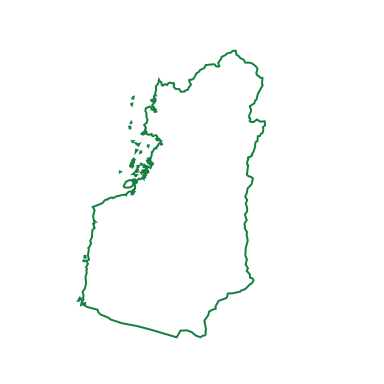 Pohuwato, Gorontalo, Indonesia (Mercator projection), rotated 110°
{"feature_id": "22746128B36723886609479", "entity_name": "Pohuwato", "entity_type": "district", "adm_level": 2, "iso_a3": "IDN", "parent_name": "Indonesia", "parent_adm1": "Gorontalo", "projection": "mercator", "projection_center": [121.655, 0.703], "detail": "fine", "context": "isolated", "style": "outline", "palette": "green", "viewbox_px": 384, "rotation_deg": 110, "n_neighbors": 0, "source": "geoboundaries", "source_scale": "gbopen_adm2", "svg_char_len": 6133}
<svg xmlns="http://www.w3.org/2000/svg" viewBox="0 0 384 384"><g transform="rotate(110 192 192)"><path d="M322.3,130.8L320.3,130.6L318.5,131.7L316.5,131.7L308.7,136.4L302.3,134.6L298.7,135.0L296.0,133.0L293.6,129.8L291.6,130.8L285.1,129.7L280.1,123.6L278.3,123.1L275.1,123.6L273.4,119.4L269.2,112.7L267.3,111.7L265.6,109.3L263.7,108.1L258.7,105.9L257.3,104.5L253.8,103.9L252.4,106.0L252.7,108.2L249.5,109.6L247.5,113.6L244.6,113.3L241.8,116.8L236.4,117.4L233.8,120.0L226.6,122.3L218.6,123.0L213.7,125.9L210.6,126.8L208.3,129.9L206.7,130.1L205.2,131.3L203.0,131.9L199.7,131.0L195.1,134.6L191.4,133.5L188.1,134.8L184.5,137.5L180.6,137.4L178.4,140.3L173.8,140.2L169.6,141.0L164.4,138.7L158.3,139.4L157.6,141.8L157.9,144.2L156.9,146.4L147.5,148.4L147.5,149.4L145.2,150.4L141.8,150.4L141.3,151.0L140.0,151.0L139.6,149.8L137.0,148.0L135.7,148.7L133.5,148.0L128.0,148.1L124.7,149.2L122.8,149.0L121.8,147.9L117.1,149.2L116.1,147.4L113.8,147.1L112.5,145.9L109.0,146.3L106.8,147.5L104.3,146.2L100.7,147.8L102.5,151.9L101.7,155.9L105.0,157.9L106.0,160.3L105.6,162.1L103.8,162.1L102.8,162.7L102.6,163.8L99.9,164.5L96.2,164.1L94.3,164.8L91.7,167.1L87.4,163.8L84.2,163.9L83.1,163.0L77.3,163.7L67.4,162.1L66.2,163.3L60.8,164.8L61.2,167.3L60.2,168.7L60.1,170.5L58.5,172.2L53.6,172.6L51.9,175.4L50.6,179.7L50.8,182.4L52.2,186.1L50.1,188.6L49.6,192.4L48.2,194.9L47.8,197.2L44.3,199.3L45.6,202.1L47.9,203.3L49.7,206.4L52.0,207.5L55.0,210.4L56.8,210.2L61.8,211.5L64.5,209.4L65.3,210.0L65.6,212.5L64.4,214.3L64.5,215.2L68.0,222.5L71.2,222.8L74.8,226.2L77.3,226.9L78.9,228.4L84.8,229.2L86.5,230.6L87.6,232.9L88.7,232.7L91.4,229.7L95.5,230.9L97.1,230.7L99.5,233.5L100.3,233.5L101.6,236.7L99.7,239.1L100.7,242.8L99.3,245.4L97.2,245.4L95.9,246.6L96.6,247.4L96.6,249.9L97.9,251.5L99.9,251.9L99.9,254.4L102.1,255.9L101.8,257.1L99.3,258.4L99.1,260.0L97.8,261.4L101.7,260.9L105.1,262.1L108.1,260.7L112.0,260.3L113.7,259.0L114.3,260.4L115.5,260.4L116.3,260.0L117.1,258.0L119.8,257.3L118.6,257.9L118.1,259.9L119.6,261.8L120.6,260.3L120.0,257.9L120.8,257.7L124.0,259.1L125.1,258.2L125.2,256.6L126.4,256.4L126.8,254.1L128.3,254.0L128.7,253.2L129.6,254.4L128.0,255.8L128.3,258.2L127.1,258.5L126.1,260.9L129.0,264.0L131.5,263.7L133.8,261.6L136.7,260.7L139.4,258.5L142.3,258.2L145.4,259.9L147.6,257.1L149.5,257.5L151.3,255.2L153.0,254.6L153.0,252.1L151.3,249.7L152.6,249.0L153.0,247.8L151.1,245.9L151.0,244.7L152.1,243.3L153.7,243.6L153.3,240.7L154.3,240.1L154.5,238.3L156.4,238.5L157.2,236.5L158.1,237.1L157.2,238.5L157.6,239.5L159.6,240.1L160.5,239.8L162.2,241.0L163.2,240.4L164.1,242.2L167.9,242.7L168.4,243.5L170.8,242.5L174.0,242.4L175.1,244.0L175.3,242.3L176.9,241.6L176.8,244.5L177.9,245.1L179.7,243.2L178.5,242.3L178.0,239.6L178.5,238.7L179.4,239.4L179.8,237.4L179.3,241.8L180.3,241.5L180.5,240.1L181.6,239.1L183.7,239.2L183.0,242.1L183.3,244.9L182.7,246.1L183.9,246.7L185.2,246.0L184.6,242.5L187.3,243.5L188.7,246.0L190.3,245.8L190.3,244.4L189.8,245.0L189.4,244.8L189.4,243.7L186.0,241.7L186.9,241.0L188.1,242.0L188.4,241.2L187.6,240.1L188.2,239.8L190.0,240.9L190.0,242.4L191.3,242.8L191.9,241.7L192.4,243.3L193.2,243.4L193.4,241.4L194.2,240.8L194.8,242.4L196.3,241.8L195.7,243.8L197.5,244.5L197.7,246.5L199.8,247.5L201.6,247.1L203.0,247.7L202.9,249.4L204.5,249.2L205.5,247.7L208.5,246.7L210.2,248.0L210.6,247.2L210.9,247.9L211.7,247.7L211.5,246.2L214.6,246.8L214.7,247.9L214.1,247.6L212.2,249.2L213.5,251.6L216.1,252.9L217.5,252.7L217.3,253.9L218.3,255.9L221.9,261.4L224.8,264.2L224.5,265.4L226.6,268.1L228.1,268.8L228.2,269.8L229.5,271.0L233.3,272.5L240.0,280.1L242.5,277.3L248.5,276.7L251.9,274.7L252.7,273.1L252.8,274.2L254.9,273.0L255.8,274.0L257.4,272.4L258.7,272.2L259.1,271.2L262.1,272.6L268.6,270.5L272.9,270.9L274.6,269.3L278.1,269.5L279.9,270.3L281.5,269.2L287.3,268.1L290.4,265.8L291.3,265.8L292.8,267.9L295.1,265.2L299.0,265.8L300.3,264.4L302.2,264.3L304.2,263.2L307.7,263.2L314.3,260.2L319.3,259.7L323.4,260.6L326.8,258.2L328.8,258.2L330.2,257.2L331.9,257.6L331.8,258.1L333.3,257.8L334.5,256.8L332.9,254.5L334.6,253.9L335.2,254.5L335.9,251.2L334.9,240.5L336.8,239.2L338.4,236.2L338.7,227.6L339.7,224.5L339.2,212.6L336.8,198.0L335.5,184.2L333.8,156.7L326.2,155.4L323.7,149.2L323.8,144.2L325.6,139.3L325.6,134.4L323.4,132.7L322.3,130.8ZM206.0,249.7L202.7,250.6L201.7,253.0L202.0,254.5L205.0,257.6L210.0,258.2L210.8,257.0L209.9,253.7L208.4,251.3L206.0,249.7ZM185.2,256.6L183.7,256.8L184.4,258.5L181.2,256.9L180.6,258.2L181.6,258.8L186.4,258.8L186.4,257.6L185.2,256.6ZM153.2,256.5L151.7,256.7L151.5,257.5L154.6,259.4L155.0,258.5L154.5,257.1L153.2,256.5ZM200.8,248.7L199.9,249.2L199.6,250.5L200.6,251.6L202.4,250.5L202.0,249.3L200.8,248.7ZM332.7,260.9L330.3,259.9L329.7,261.3L333.2,261.8L332.7,260.9ZM166.7,258.4L164.9,258.0L165.9,259.3L165.2,260.4L165.5,261.6L166.7,258.4ZM288.9,271.1L290.3,270.8L290.1,269.5L288.5,270.3L288.9,271.1ZM173.6,258.6L171.3,257.8L171.5,259.1L173.6,258.6ZM189.1,258.6L187.4,257.7L187.3,259.1L188.4,259.3L189.1,258.6ZM152.1,273.3L153.6,272.3L153.2,271.6L151.7,272.3L152.1,273.3ZM155.0,241.9L153.8,242.9L154.3,243.8L155.4,242.8L155.0,241.9ZM186.9,250.8L185.8,251.0L186.1,252.2L187.6,251.7L186.9,250.8ZM191.4,250.0L190.8,250.9L192.3,252.0L192.4,251.3L191.4,250.0ZM196.1,251.2L196.4,250.2L194.9,249.7L195.2,250.8L196.1,251.2ZM172.1,253.2L171.2,253.5L171.4,254.2L172.9,254.1L172.1,253.2ZM124.4,280.1L124.3,279.1L122.6,279.4L123.1,279.9L124.4,280.1ZM129.9,279.2L130.8,278.8L131.1,278.2L129.4,278.4L129.9,279.2ZM336.1,257.5L335.0,256.5L334.4,257.8L336.1,257.5ZM182.9,248.6L182.8,249.7L184.0,249.7L184.0,249.2L182.9,248.6ZM189.6,250.3L189.1,250.9L190.3,251.7L190.4,250.9L189.6,250.3ZM163.3,249.4L164.0,249.3L164.4,248.5L163.0,248.7L163.3,249.4ZM293.2,269.2L293.3,270.4L293.9,270.6L294.0,269.5L293.2,269.2ZM164.8,265.7L165.3,264.9L164.3,264.6L164.8,265.7ZM189.1,256.6L187.7,256.0L187.5,256.3L188.4,257.1L189.1,256.6ZM147.4,272.5L147.0,273.0L148.3,273.1L148.3,272.8L147.4,272.5ZM195.2,253.6L194.7,252.5L194.2,253.0L195.2,253.6ZM155.4,241.0L154.6,240.3L154.1,240.7L155.4,241.0ZM197.5,266.9L198.2,266.5L197.4,266.0L197.5,266.9ZM191.7,245.8L190.9,245.7L191.2,246.5L191.7,245.8Z" fill="none" stroke="#15803d" stroke-width="2"/></g></svg>